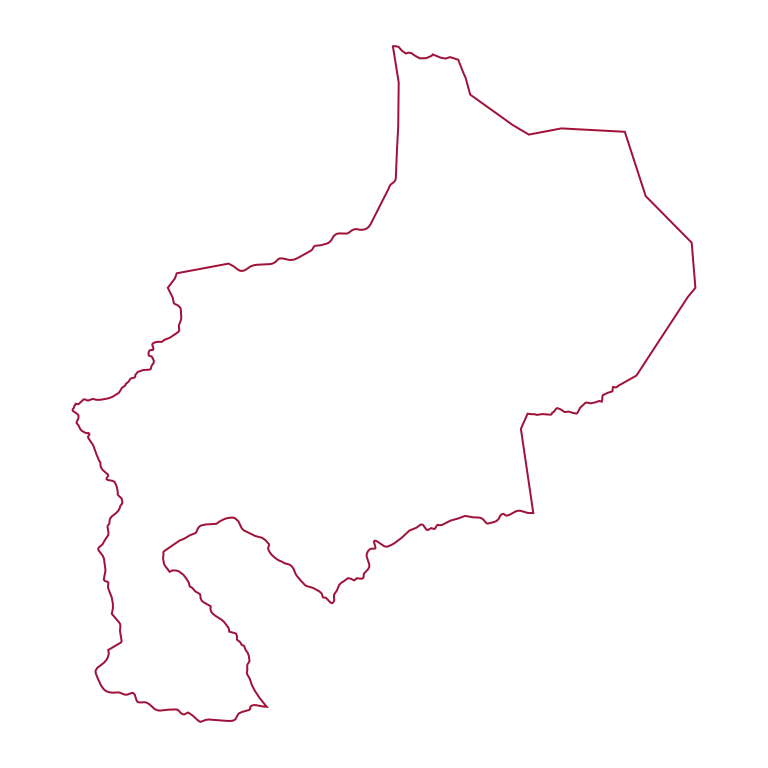 the district of Cololaca, Lempira, Honduras
{"feature_id": "27666195B2519536680444", "entity_name": "Cololaca", "entity_type": "district", "adm_level": 2, "iso_a3": "HND", "parent_name": "Honduras", "parent_adm1": "Lempira", "projection": "mercator", "projection_center": [-88.919, 14.306], "detail": "fine", "context": "isolated", "style": "outline", "palette": "rose", "viewbox_px": 768, "rotation_deg": 0, "n_neighbors": 0, "source": "geoboundaries", "source_scale": "gbopen_adm2", "svg_char_len": 6068}
<svg xmlns="http://www.w3.org/2000/svg" viewBox="0 0 768 768"><path d="M624.8,131.8L561.4,128.4L528.9,134.6L512.8,125.1L470.2,94.6L465.6,77.8L463.3,72.7L458.2,59.7L450.0,57.1L445.5,58.6L440.5,57.6L432.7,54.4L431.7,55.8L426.1,58.2L419.7,58.3L414.5,55.4L411.4,53.1L408.6,52.6L405.9,53.5L402.1,50.9L398.6,46.9L395.1,46.1L392.9,46.3L398.7,82.5L398.2,127.0L397.0,148.8L395.8,178.5L395.3,180.2L394.4,181.7L390.7,184.6L389.6,186.1L388.9,188.1L370.5,224.4L368.8,226.8L366.2,228.8L363.4,229.7L360.3,229.8L356.2,229.1L354.0,229.4L351.7,230.5L348.5,232.9L346.7,233.6L339.2,233.4L336.5,233.9L333.8,235.9L331.1,240.5L328.7,242.8L326.5,243.7L320.5,245.3L315.0,245.8L313.8,246.8L312.2,249.6L310.7,250.8L296.6,258.6L293.6,259.7L289.6,260.0L282.4,258.4L279.9,258.4L278.2,259.2L275.2,262.2L272.5,263.6L270.1,264.1L256.5,264.8L254.0,265.2L250.6,266.4L245.1,270.1L242.6,270.9L240.8,270.9L238.8,270.2L233.4,266.2L228.6,263.6L176.7,273.3L175.0,278.3L167.8,287.8L172.7,297.6L173.8,303.1L174.8,304.0L177.2,305.0L179.0,306.3L180.2,307.7L180.8,309.1L181.3,318.2L181.0,319.8L178.9,325.3L179.2,330.7L178.0,332.2L170.8,337.1L169.0,338.1L164.4,339.8L162.3,341.6L161.2,341.9L158.2,341.8L155.1,342.3L153.8,342.9L152.5,343.9L152.3,344.8L153.3,348.1L153.3,349.5L152.8,349.9L150.7,350.0L149.7,350.4L148.9,351.5L148.5,353.1L148.8,355.6L151.7,356.6L153.0,358.8L153.9,361.0L153.6,363.0L151.6,365.7L150.7,369.0L149.6,369.6L142.9,370.1L137.7,372.0L135.4,374.9L135.2,376.5L134.8,377.3L134.1,377.7L131.5,378.2L130.4,378.8L128.4,381.9L125.9,383.8L125.2,385.5L122.0,387.8L118.9,392.8L112.3,396.9L108.2,398.4L100.4,399.8L96.3,399.8L92.8,398.9L87.9,400.6L84.9,399.4L83.6,399.4L78.8,403.9L77.6,404.3L75.8,403.7L74.2,406.4L74.0,407.6L72.6,409.6L72.7,410.5L73.2,411.2L77.4,414.0L78.5,415.5L78.5,417.9L76.8,421.7L76.6,423.1L78.3,425.1L80.5,429.5L82.0,430.9L84.9,432.6L86.8,433.2L88.4,433.0L89.4,433.8L89.4,434.5L88.1,436.5L88.2,437.8L93.3,445.5L96.7,455.0L99.0,460.4L100.3,462.3L100.6,466.1L101.2,467.9L102.9,470.2L108.1,474.7L108.2,475.7L106.6,478.3L106.5,479.2L107.8,480.0L112.9,480.9L114.8,482.2L116.6,486.3L117.7,491.2L117.7,494.5L118.3,495.4L121.2,498.1L121.9,499.5L122.3,501.5L122.2,503.5L120.4,505.8L119.4,508.8L118.7,510.1L116.4,512.8L111.7,516.5L110.2,518.4L109.7,519.8L109.3,523.7L107.9,525.4L107.5,526.6L108.5,532.6L108.2,535.2L105.0,539.9L102.5,544.4L99.0,547.3L98.2,548.7L98.7,550.6L102.6,555.5L103.9,558.4L105.5,570.2L103.8,579.5L104.2,580.3L105.0,581.0L108.0,582.1L108.4,582.6L108.0,586.4L108.2,588.3L111.7,597.4L112.9,603.7L112.9,608.2L111.8,613.8L118.7,621.9L120.1,624.0L120.4,625.7L120.0,631.2L121.6,640.8L121.4,641.9L120.6,642.7L108.2,650.0L108.7,652.0L108.7,654.1L107.9,657.0L106.7,659.6L104.1,662.6L97.5,667.7L95.7,670.4L95.5,671.6L95.8,673.4L97.7,678.3L101.0,685.4L103.7,689.2L106.1,691.1L108.8,692.2L112.1,692.7L118.9,692.4L125.0,694.7L127.4,694.6L131.6,693.0L132.9,692.9L133.8,693.5L134.8,694.8L136.7,700.8L137.9,702.1L139.9,702.5L144.5,702.2L146.8,702.7L149.6,704.4L154.7,709.1L157.7,710.4L160.2,710.6L168.1,709.7L176.0,709.4L177.9,709.9L180.9,713.1L183.1,714.4L184.7,714.3L187.5,712.7L188.5,712.7L192.6,715.5L198.6,721.0L200.5,721.9L205.4,720.0L208.5,719.5L228.4,721.0L232.4,720.8L234.4,720.0L235.6,719.0L238.0,714.4L239.1,713.3L242.1,711.9L249.3,709.9L250.1,709.0L250.4,706.7L252.0,705.5L253.7,705.1L255.6,705.1L263.2,706.5L266.7,706.8L259.9,698.4L254.9,690.9L251.9,685.1L249.9,679.1L247.1,674.1L246.8,672.6L247.3,670.0L247.2,665.4L247.6,664.1L249.1,662.0L249.5,660.7L248.8,655.8L247.7,652.8L245.5,649.7L244.1,646.0L243.5,645.5L241.9,645.1L239.9,641.9L237.0,639.7L236.9,635.9L236.2,633.9L234.9,633.1L229.3,631.7L228.9,629.1L228.4,627.7L224.3,622.2L221.8,619.9L214.8,615.4L212.4,613.3L211.2,611.6L210.6,609.9L210.4,608.4L210.8,606.7L210.6,606.2L203.8,602.4L201.9,600.9L200.7,598.7L200.2,594.5L199.2,593.6L195.3,591.4L192.2,587.8L189.7,586.4L189.0,583.4L188.3,581.7L185.4,577.3L183.2,574.6L179.1,571.5L176.2,570.5L172.6,570.4L169.6,571.8L165.1,565.9L164.0,563.9L163.0,558.0L163.4,555.2L163.4,552.2L163.9,551.3L179.5,540.6L184.0,538.8L190.2,535.1L195.5,533.1L196.3,532.2L197.5,529.2L198.6,527.4L199.7,526.3L201.3,525.4L205.5,524.5L216.5,523.8L219.2,521.7L222.4,520.0L225.0,518.8L227.9,518.0L232.4,517.5L235.1,518.3L238.4,521.3L241.6,528.0L243.6,530.3L255.3,536.0L262.1,537.8L265.5,540.2L269.1,544.3L269.1,545.3L268.2,547.6L268.2,549.1L269.5,551.9L271.7,554.8L274.8,557.7L278.4,560.2L282.4,561.9L284.4,563.2L289.2,564.5L291.5,566.0L293.6,568.9L295.4,573.5L296.7,575.7L300.5,580.3L304.9,585.0L306.5,586.0L313.0,587.9L319.4,591.4L321.7,593.6L322.9,597.3L323.6,597.6L325.8,597.7L330.6,602.6L332.0,603.2L333.2,602.4L334.2,600.5L334.0,595.7L334.3,594.2L336.8,590.7L339.2,585.0L341.0,583.0L344.9,580.5L347.8,578.2L350.2,578.5L354.1,580.3L355.0,580.0L356.5,578.3L361.4,578.7L362.6,578.4L363.4,577.8L363.9,573.7L368.1,569.2L369.4,566.5L369.2,564.2L366.6,556.3L366.8,553.7L368.0,551.1L369.8,549.3L371.2,548.7L374.6,548.7L375.3,548.3L375.4,547.1L374.0,542.1L374.2,541.1L374.6,540.8L375.6,540.8L377.1,541.4L384.2,546.2L386.4,546.7L388.5,546.3L393.7,543.7L401.8,537.7L409.3,530.6L416.2,527.8L420.7,524.6L421.9,524.5L423.2,525.1L426.0,529.1L427.2,530.0L428.1,529.9L431.2,528.1L434.3,529.0L435.1,528.5L436.7,525.7L437.5,524.9L440.4,525.2L442.1,524.9L450.5,520.6L458.0,518.5L464.8,516.0L466.5,516.1L472.7,517.3L478.3,517.5L481.0,518.0L483.1,519.3L486.4,523.2L487.7,523.6L494.5,521.9L496.6,520.9L498.5,519.1L500.7,515.0L502.9,513.9L504.0,514.1L505.8,515.5L507.2,515.6L509.9,514.6L515.9,511.3L518.8,510.7L520.6,510.8L527.7,512.9L533.3,513.1L520.9,428.9L527.6,413.7L531.3,414.2L534.4,414.2L536.8,414.9L542.2,414.1L550.7,414.7L551.5,414.3L552.2,412.8L554.0,411.6L556.1,408.8L557.2,408.1L560.3,409.2L564.8,412.1L568.7,411.6L572.8,412.9L576.4,413.6L577.4,413.0L580.1,407.8L585.6,402.7L586.7,402.6L590.7,403.3L595.6,402.3L599.1,401.0L601.8,401.6L602.3,399.2L602.4,396.3L602.8,395.2L607.7,392.8L612.3,391.4L612.7,389.7L612.7,387.9L613.1,387.0L613.8,386.9L615.5,387.5L616.7,387.2L617.9,386.0L636.4,375.6L687.8,297.0L695.4,287.8L691.7,242.7L645.7,196.1L624.8,131.8Z" fill="none" stroke="#9f1239" stroke-width="2"/></svg>